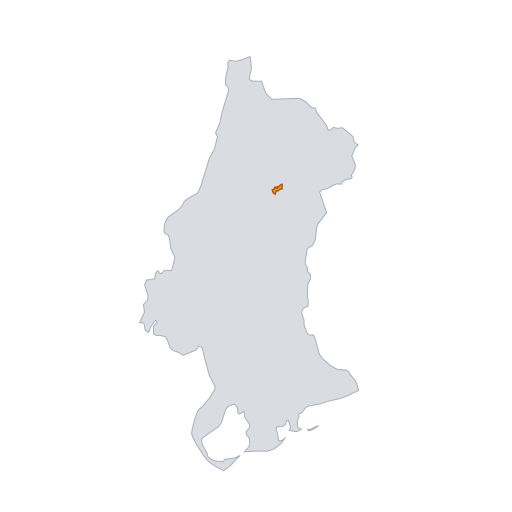 Mary, Mary, Turkmenistan shown in context, rotated 252°
{"feature_id": "10190150B21853413573592", "entity_name": "Mary", "entity_type": "district", "adm_level": 2, "iso_a3": "TKM", "parent_name": "Turkmenistan", "parent_adm1": "Mary", "projection": "natural_earth1", "projection_center": [61.716, 37.759], "detail": "fine", "context": "in_parent", "style": "filled", "palette": "amber", "viewbox_px": 512, "rotation_deg": 252, "n_neighbors": 0, "source": "geoboundaries", "source_scale": "gbopen_adm2", "svg_char_len": 4143}
<svg xmlns="http://www.w3.org/2000/svg" viewBox="0 0 512 512"><g transform="rotate(252 256 256)"><path d="M156.6,174.7L178.4,175.8L185.1,176.7L187.9,173.7L187.8,173.0L186.8,172.3L185.2,170.2L184.0,156.3L185.9,154.3L188.1,152.8L191.3,148.5L193.0,147.1L195.5,146.0L203.8,145.7L207.3,144.8L210.4,139.8L211.0,136.9L213.3,134.6L214.6,134.7L220.2,136.6L221.4,137.7L223.3,141.3L225.4,141.1L225.7,140.5L225.5,139.7L223.9,137.4L220.4,133.3L217.0,130.7L216.7,129.8L219.7,127.7L225.6,128.6L227.1,128.0L228.7,124.6L236.4,132.1L237.9,132.8L244.1,133.8L245.2,134.8L247.3,139.1L249.4,140.3L252.0,141.1L263.1,141.2L266.5,144.1L267.1,144.8L266.4,146.8L266.2,150.7L265.3,152.3L265.9,152.9L269.8,154.5L272.1,157.0L272.3,158.1L271.7,158.8L269.8,158.5L268.9,159.6L268.9,161.6L270.2,163.6L270.6,165.3L268.7,169.4L268.6,171.0L269.2,172.0L279.2,178.1L280.8,178.3L290.5,177.2L292.3,177.9L300.7,179.2L303.1,179.0L304.7,177.1L306.3,176.3L307.7,176.2L311.8,177.5L316.0,180.1L318.8,182.5L320.2,184.7L324.1,196.7L326.7,201.5L329.7,204.1L331.8,208.8L333.7,219.0L334.8,221.0L339.5,225.1L363.1,241.7L370.3,249.2L381.4,256.3L385.5,255.5L394.2,263.1L399.7,266.0L406.8,270.6L421.8,281.1L425.0,281.5L428.6,280.0L431.8,280.9L437.4,283.5L443.5,287.5L448.6,288.9L450.1,290.7L450.2,291.7L447.4,296.7L447.1,303.2L447.5,311.9L446.1,312.0L436.0,309.6L426.4,304.2L424.1,305.9L423.0,307.7L420.6,315.2L407.7,315.7L400.1,319.4L393.3,343.8L391.8,346.8L387.6,350.8L380.2,354.7L379.1,356.2L378.8,357.7L377.9,358.2L373.8,358.2L358.1,363.5L354.7,363.5L353.3,363.9L352.7,364.9L354.5,369.8L353.0,371.2L352.1,373.6L351.3,377.8L341.0,384.4L338.8,385.2L334.7,384.6L332.5,385.3L330.3,387.4L329.3,386.7L328.8,384.6L327.7,383.2L321.2,377.9L313.8,378.7L311.0,378.3L308.9,377.4L305.5,374.3L303.3,371.4L301.0,371.8L300.3,370.4L300.2,368.8L300.9,366.9L300.7,363.2L299.4,360.5L297.9,359.4L299.6,355.2L299.6,352.0L298.6,348.5L298.2,343.6L298.5,338.8L297.1,336.3L275.3,336.5L267.6,325.2L264.4,322.5L253.7,317.7L250.7,315.2L248.3,312.4L247.7,308.5L246.5,306.2L244.8,305.9L236.4,301.4L233.1,300.3L228.5,301.4L225.7,300.1L222.5,301.8L221.1,301.9L217.7,300.9L213.4,296.8L209.9,295.2L202.4,292.6L197.2,291.8L192.6,290.2L192.1,289.7L192.0,286.2L191.4,284.8L190.1,283.1L188.2,281.8L180.3,281.9L176.6,280.7L173.7,280.4L167.4,280.7L165.3,281.6L164.1,282.7L163.3,286.0L162.6,286.5L156.4,286.6L143.3,285.9L137.8,287.5L129.2,292.7L124.3,297.0L122.8,298.9L119.7,306.5L118.4,307.6L116.8,308.5L115.1,308.7L107.2,311.7L104.2,312.4L96.5,312.0L94.9,300.7L94.5,291.8L95.6,279.4L95.5,271.5L97.0,259.4L96.6,256.5L92.8,251.2L92.4,247.5L90.0,247.3L86.1,244.2L82.3,243.0L80.4,242.9L78.6,243.8L77.3,245.6L76.5,242.8L76.6,239.8L79.8,233.7L81.7,235.5L84.0,236.2L89.9,235.8L89.4,233.8L86.4,231.6L85.9,228.9L86.2,226.0L87.0,223.3L86.2,222.2L84.8,221.6L81.6,221.7L73.4,220.6L72.3,223.8L74.5,228.0L70.8,223.2L68.4,218.3L66.9,212.6L66.8,206.5L70.3,196.6L73.3,184.4L76.3,189.5L78.6,191.8L83.7,193.2L86.2,192.9L88.9,191.6L91.5,192.0L95.4,197.3L98.3,197.8L104.4,195.8L107.2,195.4L109.7,196.3L112.3,196.3L111.2,193.8L110.8,191.4L112.3,190.2L117.0,191.5L120.9,190.1L121.6,189.5L122.0,187.4L121.5,183.3L120.7,181.5L118.6,179.1L110.3,173.2L107.6,170.9L105.3,167.9L101.8,155.9L99.1,148.2L98.0,147.3L93.1,146.7L83.7,148.5L80.5,148.1L78.9,148.9L75.0,152.2L73.2,154.9L70.5,161.3L72.3,163.3L70.5,174.0L71.2,178.5L70.9,178.9L68.3,173.2L64.7,167.5L61.8,158.9L67.5,153.3L72.4,149.3L77.6,146.3L82.9,144.3L94.9,141.2L101.5,140.0L106.8,139.8L110.9,141.7L121.7,148.7L126.4,152.6L127.8,154.1L129.0,157.9L136.8,170.0L138.7,171.7L141.7,175.5L144.8,176.7L156.6,174.7ZM75.5,261.5L75.2,263.2L73.8,258.3L73.2,252.9L74.2,251.4L75.3,251.5L74.2,253.4L75.5,261.5Z" fill="#d9dde1" stroke="#a8b0b8" stroke-width="1"/><path d="M311.2,296.9L311.2,297.3L312.1,299.2L312.1,299.5L312.0,300.1L311.8,301.5L313.4,302.1L315.0,302.6L316.1,303.1L316.3,303.4L316.1,301.8L316.0,301.5L316.0,301.4L315.6,300.2L315.3,299.5L314.8,298.9L314.8,298.7L315.2,297.9L314.0,297.3L314.2,296.3L315.2,296.3L315.4,295.7L315.6,295.1L314.2,294.1L313.9,292.6L313.8,291.9L311.0,291.9L310.7,292.1L308.9,293.3L311.3,294.9L311.5,295.0L311.2,296.9Z" fill="#f59e0b" stroke="#b45309" stroke-width="1.5"/></g></svg>